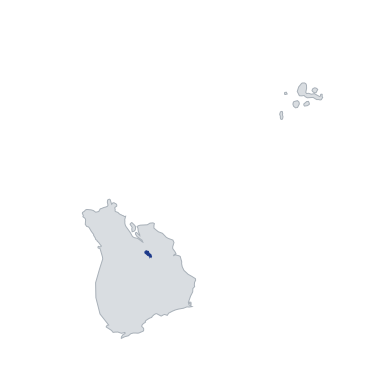 location of Puebloviejo, Los Rios, Ecuador, rotated 129°
{"feature_id": "8360857B21283646614979", "entity_name": "Puebloviejo", "entity_type": "district", "adm_level": 2, "iso_a3": "ECU", "parent_name": "Ecuador", "parent_adm1": "Los Rios", "projection": "natural_earth1", "projection_center": [-79.56, -1.537], "detail": "fine", "context": "in_parent", "style": "filled", "palette": "blue", "viewbox_px": 384, "rotation_deg": 129, "n_neighbors": 0, "source": "geoboundaries", "source_scale": "gbopen_adm2", "svg_char_len": 5174}
<svg xmlns="http://www.w3.org/2000/svg" viewBox="0 0 384 384"><g transform="rotate(129 192 192)"><path d="M350.2,154.8L349.2,155.6L346.5,155.9L344.4,155.1L343.6,155.1L343.5,155.9L346.2,157.9L347.5,161.5L349.4,163.7L350.6,164.8L350.7,165.6L350.3,167.0L350.3,168.2L350.9,173.7L350.5,174.0L349.0,174.0L347.8,173.1L344.7,186.7L334.6,200.2L323.2,209.8L310.0,215.4L300.3,219.2L298.8,220.7L294.1,227.5L293.8,228.1L294.5,229.3L294.5,230.0L293.8,230.5L293.2,230.6L293.0,230.2L292.8,229.4L292.1,228.6L291.4,228.3L290.9,228.5L290.9,229.3L289.9,233.0L289.9,234.7L289.4,235.4L289.5,237.0L288.5,238.5L287.7,241.0L286.9,241.7L285.9,245.6L284.5,249.3L284.3,250.6L284.8,251.6L285.0,252.3L284.3,254.6L280.9,256.9L280.0,258.0L279.7,259.3L279.9,260.4L279.8,261.3L278.7,261.6L277.6,263.8L276.8,264.2L274.6,263.5L273.1,263.5L271.8,262.8L269.4,259.2L268.5,257.1L268.3,254.1L265.9,252.2L262.8,252.7L261.9,252.0L259.6,250.8L257.7,249.4L256.2,248.7L255.1,249.0L253.2,251.4L251.5,252.4L250.7,252.4L249.6,251.7L249.4,250.9L252.1,246.7L250.1,246.6L249.4,245.7L249.3,244.7L249.0,243.6L249.4,242.3L250.4,241.6L252.0,242.1L253.0,242.1L253.7,240.9L255.1,239.9L255.4,239.3L254.7,237.3L254.5,236.2L254.7,235.5L254.6,233.4L254.2,232.5L254.1,231.3L253.7,230.7L253.6,229.1L252.6,228.3L255.8,226.9L256.9,225.8L258.4,224.7L259.6,223.2L260.4,221.6L262.3,214.6L264.1,210.2L263.8,208.1L262.3,205.2L262.0,201.0L262.1,199.7L261.9,198.7L260.9,200.5L261.2,206.7L260.3,209.5L259.1,210.2L258.3,209.7L258.8,205.1L257.9,206.0L256.4,209.0L254.1,211.3L253.9,212.1L253.4,213.0L251.5,212.2L250.2,211.2L245.6,206.1L242.6,205.0L240.8,203.2L240.4,202.5L240.2,201.4L242.1,200.4L244.0,198.9L244.1,195.7L244.1,193.2L242.7,189.0L243.4,183.4L243.0,181.2L241.4,176.6L242.6,174.2L246.8,172.5L248.1,171.4L249.1,167.7L250.1,165.5L251.9,166.4L253.4,166.3L251.4,165.5L249.8,162.1L249.5,160.6L252.7,156.1L254.3,154.9L256.3,152.5L258.0,148.9L258.4,143.2L257.7,139.1L257.2,134.8L258.2,133.7L260.7,133.1L262.8,131.7L263.9,130.4L266.4,130.6L269.2,128.6L273.8,127.6L280.2,125.3L281.6,123.3L281.0,119.8L283.3,121.9L284.4,123.6L287.7,125.5L291.6,128.9L294.1,130.7L296.9,132.2L300.9,133.9L303.4,133.6L304.4,136.2L305.4,136.9L307.7,137.8L307.9,138.1L308.8,142.9L309.3,143.5L311.3,144.3L313.8,144.6L314.8,144.4L317.0,145.7L320.3,146.8L321.5,147.0L322.1,146.8L322.3,146.3L323.2,146.4L324.7,147.0L326.8,147.1L328.1,146.5L328.4,143.9L328.9,143.3L330.3,142.3L331.1,142.5L335.1,144.6L335.9,145.4L336.9,146.8L338.7,149.0L340.7,150.4L343.8,151.0L346.8,153.2L350.2,154.8ZM40.5,151.8L41.7,153.3L42.3,157.4L46.2,161.7L46.7,164.1L46.4,165.3L46.6,165.7L48.4,167.4L49.6,169.2L47.6,173.5L43.2,175.2L38.6,175.2L37.7,174.7L36.4,173.1L36.2,171.7L36.9,170.3L39.3,168.2L43.0,166.3L43.4,164.9L41.9,163.5L40.9,160.8L38.6,158.8L37.5,152.9L36.7,152.6L35.1,153.4L34.3,152.7L34.2,152.3L35.9,151.0L36.2,150.0L38.8,149.6L39.8,150.3L40.5,151.8ZM58.7,169.7L57.6,169.7L54.6,167.5L54.8,165.4L56.0,164.0L59.9,163.2L61.5,164.6L61.4,167.1L60.1,169.0L59.0,169.3L58.7,169.7ZM256.3,219.0L256.0,219.9L254.1,219.8L253.6,219.5L254.0,215.4L254.5,214.1L256.1,212.8L257.3,212.2L258.9,212.3L260.6,213.5L258.6,215.6L257.1,216.2L256.3,219.0ZM37.5,162.7L35.6,163.1L33.9,162.3L33.2,161.1L33.1,159.3L33.2,158.8L36.8,158.1L38.0,159.6L38.0,161.8L37.5,162.7ZM76.4,172.8L74.1,173.7L72.8,172.9L72.7,172.3L74.0,170.9L75.2,170.2L76.3,168.6L78.3,167.6L78.9,167.8L79.3,168.2L79.5,168.7L78.8,170.0L77.6,170.9L76.4,172.8ZM54.0,159.9L53.1,160.5L49.5,159.8L48.3,158.5L49.2,156.7L50.0,156.0L52.2,156.6L54.4,158.6L54.0,159.9ZM56.9,182.4L56.2,182.5L55.1,181.5L55.9,179.7L57.4,180.7L57.8,181.3L56.9,182.4ZM280.0,124.3L278.9,124.5L278.4,123.4L279.7,122.1L280.2,121.9L280.0,124.3Z" fill="#d9dde1" stroke="#a8b0b8" stroke-width="1"/><path d="M266.7,190.5L266.8,190.5L267.0,190.5L267.1,190.4L267.3,190.2L267.4,189.9L267.5,190.0L268.0,190.2L268.0,190.3L268.1,190.5L268.2,190.4L268.3,190.4L268.5,190.4L268.7,190.2L268.6,189.9L268.8,189.8L268.8,189.7L268.7,189.6L268.8,189.4L268.8,189.1L268.7,189.2L268.5,188.9L268.8,188.7L268.8,188.4L268.7,188.4L268.8,188.3L268.8,188.2L268.7,188.1L268.6,187.9L268.6,187.7L268.5,187.4L268.5,186.5L268.4,186.5L268.4,186.4L268.4,186.2L268.5,186.2L268.4,186.1L268.4,185.9L268.4,185.7L268.5,185.4L268.4,185.4L268.4,184.9L268.4,184.7L268.5,184.4L268.6,184.2L268.7,183.9L268.8,183.8L268.7,183.8L268.7,183.7L268.4,183.6L268.2,183.5L268.2,183.4L268.1,183.5L268.0,183.4L267.9,183.3L267.9,183.1L267.7,183.1L267.6,183.3L267.4,183.5L267.4,183.8L267.4,184.0L267.2,184.1L267.1,184.3L267.0,184.5L266.9,184.5L266.7,184.7L266.7,184.8L266.7,185.0L266.8,185.1L267.0,185.2L267.1,185.4L267.1,185.5L266.9,185.6L266.9,185.9L266.9,186.0L266.9,186.3L266.9,186.5L266.8,186.8L266.7,186.9L266.6,187.1L266.6,187.3L266.7,187.6L266.8,187.6L267.0,187.6L267.1,187.9L267.0,188.0L266.9,188.1L267.0,188.2L267.0,188.3L266.9,188.3L266.9,188.2L266.7,188.1L266.4,188.2L266.4,188.3L266.3,188.2L266.2,188.2L266.1,188.3L266.1,188.5L265.9,188.6L266.0,188.8L266.1,188.7L266.4,188.7L266.5,188.6L266.8,188.7L266.9,188.8L267.0,188.9L267.0,189.0L266.8,189.3L266.7,189.4L266.7,189.5L266.7,189.8L266.8,189.8L266.7,189.9L266.7,190.0L266.7,190.3L266.8,190.3L266.7,190.4L266.7,190.5Z" fill="#3b82f6" stroke="#1e3a8a" stroke-width="1.5"/></g></svg>